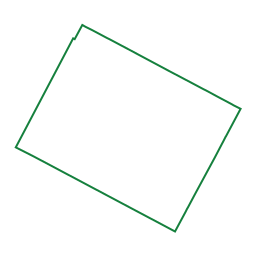 the district of Kimball, Nebraska, United States of America, rotated 208°
{"feature_id": "52423323B77257907363499", "entity_name": "Kimball", "entity_type": "district", "adm_level": 2, "iso_a3": "USA", "parent_name": "United States of America", "parent_adm1": "Nebraska", "projection": "mercator", "projection_center": [-103.821, 41.198], "detail": "fine", "context": "isolated", "style": "outline", "palette": "green", "viewbox_px": 256, "rotation_deg": 208, "n_neighbors": 0, "source": "geoboundaries", "source_scale": "gbopen_adm2", "svg_char_len": 566}
<svg xmlns="http://www.w3.org/2000/svg" viewBox="0 0 256 256"><g transform="rotate(208 128 128)"><path d="M218.0,58.2L198.0,58.6L37.9,58.7L37.8,81.0L37.9,84.4L37.8,86.1L37.8,99.6L37.8,100.7L37.5,142.6L37.6,157.7L37.6,161.1L37.7,166.3L37.6,166.5L37.6,191.9L37.6,192.3L37.6,197.8L41.3,197.7L45.6,197.6L47.0,197.7L59.1,197.7L59.5,197.7L64.2,197.7L76.8,197.8L79.5,197.7L84.4,197.7L89.6,197.7L118.5,197.6L165.5,197.7L186.0,197.7L188.9,197.6L206.2,197.6L212.9,197.4L216.7,197.5L216.8,181.4L218.5,181.4L218.0,58.2Z" fill="none" stroke="#15803d" stroke-width="2"/></g></svg>